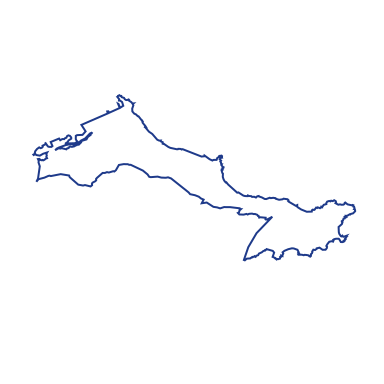 East Mahe, Anse Royale, Seychelles, rotated 297°
{"feature_id": "34574756B49819614716360", "entity_name": "East Mahe", "entity_type": "district", "adm_level": 2, "iso_a3": "SYC", "parent_name": "Seychelles", "parent_adm1": "Anse Royale", "projection": "natural_earth1", "projection_center": [55.513, -4.728], "detail": "fine", "context": "isolated", "style": "outline", "palette": "blue", "viewbox_px": 384, "rotation_deg": 297, "n_neighbors": 0, "source": "geoboundaries", "source_scale": "gbopen_adm2", "svg_char_len": 6010}
<svg xmlns="http://www.w3.org/2000/svg" viewBox="0 0 384 384"><g transform="rotate(297 192 192)"><path d="M153.1,34.2L154.5,34.9L154.3,36.6L155.3,39.9L158.5,42.0L161.5,45.0L159.7,44.9L158.7,46.0L157.3,46.2L156.3,47.5L155.4,46.6L153.7,45.9L152.6,45.0L152.7,44.3L152.0,43.6L151.8,42.5L152.2,40.9L151.4,39.8L150.2,41.3L148.7,41.8L145.8,44.7L134.1,48.7L130.5,48.7L133.7,49.4L137.8,54.0L141.1,56.7L141.9,57.7L142.1,59.0L142.9,60.0L148.3,66.9L150.9,75.0L149.7,76.3L146.9,87.3L148.3,92.0L149.6,93.5L150.9,99.1L152.7,99.9L153.9,99.1L155.1,99.1L157.8,101.0L159.0,101.3L160.0,100.6L161.4,100.9L168.4,103.7L169.5,105.8L171.1,107.2L171.6,109.1L174.8,112.4L175.0,113.5L176.9,114.3L182.9,114.6L185.7,118.3L187.6,122.1L187.7,123.6L188.4,125.0L188.8,138.5L187.5,144.4L186.1,147.0L186.5,148.5L190.1,154.4L190.9,158.1L192.8,162.2L194.2,164.0L194.6,167.2L190.1,189.2L189.2,191.3L190.5,196.2L190.9,200.2L190.3,203.0L190.5,205.8L186.4,205.8L189.3,209.9L188.5,217.8L189.7,221.4L190.2,224.5L193.1,227.4L195.8,232.8L199.1,241.8L198.5,242.1L199.0,243.4L197.2,242.7L195.2,243.1L194.2,242.4L193.5,244.4L195.3,248.3L197.2,250.5L197.2,251.8L198.5,252.8L200.0,255.3L200.4,257.2L201.0,258.0L201.3,260.5L200.6,261.7L200.9,262.2L199.7,263.5L200.5,264.3L202.5,269.3L201.1,269.8L201.0,270.4L201.7,271.5L206.4,274.8L184.7,268.2L168.4,267.2L155.0,269.1L155.1,270.1L157.5,271.1L159.3,274.1L160.1,274.4L161.2,275.5L161.6,275.3L162.6,276.8L163.2,276.9L163.1,278.1L164.5,278.3L165.7,279.6L167.5,279.6L170.0,281.6L171.9,282.4L173.0,283.7L173.6,283.5L174.5,284.6L175.0,284.5L176.2,290.7L175.3,292.7L170.8,293.3L171.0,296.1L170.6,296.2L170.3,298.0L170.9,298.1L171.3,299.3L172.6,300.6L173.3,300.3L174.4,300.7L174.6,300.2L175.3,300.8L175.8,300.4L176.0,301.7L177.0,301.2L178.5,301.3L179.4,300.1L181.6,301.1L184.7,303.7L187.2,306.6L187.9,308.3L188.4,312.2L186.9,314.2L186.4,314.1L186.0,315.2L184.8,314.7L184.4,315.3L186.0,318.4L186.4,320.3L187.1,320.8L187.8,322.5L188.4,324.4L188.4,325.2L188.0,325.6L188.1,326.7L189.0,327.0L190.6,326.2L191.8,326.7L193.3,326.5L193.6,326.1L195.7,326.3L196.2,328.0L198.2,329.0L198.5,328.8L200.3,330.9L199.8,334.6L201.2,337.2L203.1,337.6L204.5,337.2L204.9,336.2L207.1,336.3L210.0,336.9L211.7,339.0L211.8,340.2L213.4,340.1L213.6,339.6L214.5,340.1L215.7,341.5L216.9,343.8L216.8,344.6L215.0,347.3L215.6,348.7L216.5,349.7L217.7,350.2L218.2,350.1L218.1,349.6L219.5,350.3L219.9,349.6L221.4,350.1L222.0,349.6L222.4,349.8L222.3,349.3L223.1,349.5L221.0,347.5L220.8,347.1L221.4,345.8L220.3,345.4L220.2,344.7L221.6,342.2L222.8,341.1L227.4,338.5L231.5,340.1L233.4,339.8L233.4,339.1L234.0,338.7L235.4,339.4L237.1,339.1L237.8,340.0L238.5,339.7L238.7,340.0L239.1,339.5L239.8,340.8L240.6,339.8L241.3,341.1L243.8,342.7L243.8,343.2L244.5,343.4L246.1,345.2L248.9,346.1L249.6,345.6L249.5,346.0L250.8,344.5L250.6,344.2L251.3,344.2L252.4,343.2L252.3,342.3L253.5,341.8L253.3,340.8L252.7,340.5L251.6,336.2L252.2,333.3L251.6,333.0L250.4,333.2L249.5,332.7L248.5,331.0L248.2,329.5L247.1,328.1L247.2,324.9L248.2,325.1L249.1,324.2L249.2,322.4L247.8,321.6L247.4,319.9L246.5,319.6L246.3,318.3L244.8,316.8L243.0,316.7L242.2,317.2L240.4,315.2L238.2,314.9L237.8,314.1L237.2,314.7L236.6,313.7L235.7,313.4L235.4,311.0L234.6,310.8L234.5,309.7L231.7,309.2L231.2,308.4L231.2,307.7L230.4,307.2L228.9,307.6L226.5,303.2L226.0,297.2L226.4,293.3L226.9,291.6L227.5,292.0L228.1,291.7L226.8,290.7L227.3,282.5L227.5,282.0L227.8,282.2L228.5,281.7L228.9,280.4L227.6,276.6L226.6,276.0L224.6,273.1L224.0,269.6L224.4,269.2L223.7,267.0L222.3,265.0L222.2,263.9L219.4,261.3L218.8,259.9L218.9,256.7L218.4,253.5L218.7,253.2L217.8,252.1L216.1,251.5L216.0,249.6L214.9,247.7L215.2,246.8L214.3,244.5L214.3,243.4L213.6,243.5L212.5,241.2L212.1,239.4L212.7,233.5L211.9,232.6L215.1,220.7L216.2,218.3L215.8,218.1L216.3,216.4L217.5,214.5L219.4,212.6L222.4,211.2L222.7,210.4L224.6,208.6L225.1,208.9L225.5,208.4L225.9,208.9L226.1,208.5L227.1,208.2L227.7,209.0L228.4,208.9L228.4,207.9L229.3,206.0L230.1,206.0L229.9,205.7L230.2,205.2L231.4,204.5L232.0,203.4L233.1,203.7L233.7,201.9L234.5,202.1L235.2,201.7L236.1,203.0L236.5,202.4L236.9,202.8L237.6,202.5L237.8,201.9L237.0,201.5L237.1,200.6L236.1,199.8L235.2,200.1L234.0,199.1L231.8,199.3L230.3,196.5L229.3,195.9L229.2,192.8L230.2,186.5L229.4,186.7L227.9,184.4L225.9,164.2L225.1,163.4L225.3,162.5L224.2,160.1L223.7,160.0L223.2,159.1L221.5,152.7L221.4,150.5L222.3,143.9L221.8,144.4L221.7,143.9L223.1,143.2L222.9,141.7L223.2,140.7L223.6,140.7L222.9,139.5L222.8,137.3L225.7,130.2L226.2,126.3L228.0,122.0L228.5,122.3L229.4,120.8L227.5,120.5L229.5,120.6L231.3,116.6L232.1,115.9L232.4,116.1L233.2,114.9L233.1,114.5L235.2,109.9L234.9,109.3L235.7,106.9L235.6,104.9L236.7,102.3L239.1,100.9L242.6,100.4L243.4,99.3L244.4,99.7L243.8,98.7L244.5,97.2L244.8,94.5L245.4,94.3L245.7,93.5L244.4,92.4L244.0,91.3L244.2,89.9L245.0,88.7L244.6,86.3L245.5,85.4L245.0,84.5L245.3,83.4L244.0,82.4L243.1,82.7L242.8,82.4L241.7,84.9L240.3,85.4L240.8,86.5L240.4,88.9L237.6,91.6L234.4,89.7L237.1,86.5L237.1,86.0L234.1,89.5L225.2,82.4L225.9,80.8L225.3,79.9L223.8,81.3L201.6,63.0L197.7,69.7L193.2,68.5L190.5,63.8L189.3,63.0L186.4,64.4L185.4,65.7L184.7,67.7L183.9,67.8L184.0,66.7L182.3,65.5L179.4,60.2L177.9,58.2L177.3,58.5L177.4,57.7L178.1,57.4L180.1,58.5L181.9,58.6L184.7,60.2L185.8,59.6L186.6,57.7L186.3,56.1L185.0,55.3L183.3,55.4L182.4,54.5L181.1,54.1L180.3,52.4L178.3,51.1L179.3,49.3L172.4,43.4L169.6,46.8L168.4,46.3L167.3,44.1L167.2,42.9L169.5,38.5L168.5,40.2L165.4,37.8L164.6,38.5L163.2,38.1L162.3,37.2L162.4,35.6L160.0,34.4L157.1,33.8L155.7,34.1L155.1,34.8L153.3,33.7L153.1,34.2ZM167.1,51.1L169.3,51.8L171.3,53.3L177.2,58.9L179.8,62.7L181.4,66.7L182.5,67.8L187.5,69.8L191.2,72.5L197.8,74.5L199.2,75.6L199.1,76.0L198.2,75.9L197.8,76.5L198.2,75.4L197.5,74.9L196.7,75.7L193.8,74.2L190.9,74.1L187.4,70.4L186.0,70.7L182.7,69.6L182.3,68.4L181.5,68.1L181.5,67.7L180.6,66.7L180.2,67.0L179.4,66.3L179.5,65.6L178.9,66.0L177.7,64.5L177.2,62.8L175.6,61.9L175.1,62.1L173.9,60.8L173.0,60.7L171.8,55.7L171.1,55.3L170.3,53.2L167.1,51.1Z" fill="none" stroke="#1e3a8a" stroke-width="2"/></g></svg>